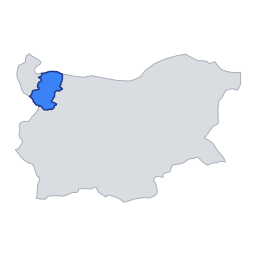 where Montana sits in Bulgaria
{"feature_id": "BGR-2250", "entity_name": "Montana", "entity_type": "Province", "adm_level": 1, "iso_a3": "BGR", "parent_name": "Bulgaria", "parent_adm1": "", "projection": "orthographic", "projection_center": [23.215, 43.499], "detail": "fine", "context": "in_parent", "style": "filled", "palette": "blue", "viewbox_px": 256, "rotation_deg": 0, "n_neighbors": 0, "source": "natural_earth", "source_scale": "10m", "svg_char_len": 3159}
<svg xmlns="http://www.w3.org/2000/svg" viewBox="0 0 256 256"><path d="M225.2,161.8L220.1,161.3L218.4,161.6L217.4,162.9L215.0,162.8L212.2,163.0L209.2,164.5L207.6,165.2L205.3,164.0L201.0,160.4L198.3,157.8L196.4,157.2L194.6,158.1L187.9,159.3L186.4,161.0L183.4,162.8L180.3,163.8L175.8,164.6L173.5,164.6L172.2,165.5L171.2,168.1L170.5,170.6L169.9,171.7L164.3,173.1L163.1,174.6L162.9,176.0L163.0,177.4L158.5,176.2L155.1,177.2L154.3,178.3L153.6,179.9L154.1,181.5L155.4,183.1L156.7,187.4L157.3,191.7L156.7,194.1L154.2,196.0L148.9,198.1L143.7,197.3L141.4,198.1L137.6,198.5L134.1,199.1L128.7,201.0L123.8,202.2L119.3,198.7L114.0,196.4L108.5,195.0L106.6,196.1L105.8,197.0L101.2,193.9L99.1,192.8L98.1,191.6L96.1,187.4L95.0,187.2L91.2,188.9L87.6,188.8L85.4,188.6L78.9,188.8L78.0,191.7L77.2,192.2L75.8,192.6L72.4,192.4L67.9,194.6L63.2,196.0L59.5,196.0L55.6,195.4L53.3,195.8L48.4,196.1L45.3,199.2L40.4,199.0L36.3,198.5L36.8,197.5L37.6,185.1L39.7,179.5L39.6,178.4L39.2,177.5L37.4,176.6L36.1,173.6L33.5,165.7L32.0,164.1L27.8,162.4L24.1,160.1L21.0,157.1L15.4,149.6L18.2,148.9L19.1,147.4L22.0,143.3L22.4,141.3L22.1,140.2L20.2,138.2L18.9,133.9L19.9,129.9L20.0,127.9L19.1,125.8L20.1,123.3L22.2,121.9L23.5,121.5L28.9,121.3L32.3,116.3L34.4,114.6L36.6,111.8L37.5,110.7L38.5,108.5L38.8,106.2L34.6,103.0L33.1,100.5L31.3,97.9L28.7,96.0L23.6,92.8L21.6,89.6L20.7,85.4L19.4,82.3L17.9,80.2L17.6,78.5L17.0,76.5L16.9,72.4L18.2,67.1L19.0,65.2L20.7,64.7L25.4,61.9L25.6,58.2L26.4,56.0L27.9,54.7L29.3,53.8L31.7,55.9L37.8,59.4L40.8,61.8L40.6,63.4L39.2,64.9L36.6,66.3L35.0,68.3L34.6,70.7L35.0,72.4L36.8,74.0L47.8,72.0L59.0,73.0L74.0,76.2L83.9,77.3L91.2,75.7L104.9,78.2L117.6,80.5L129.8,81.0L136.5,78.8L141.2,75.9L145.1,70.6L155.0,63.4L164.7,59.2L177.4,55.6L185.8,54.2L187.1,55.2L198.3,60.9L203.1,60.7L207.1,61.6L208.6,63.1L209.7,63.5L214.8,61.7L217.3,64.9L221.2,69.5L227.5,71.6L233.1,72.7L234.8,72.8L240.6,72.3L240.6,84.4L237.4,90.2L232.1,88.6L225.5,90.6L222.3,97.1L220.4,99.1L218.7,101.4L217.9,109.7L218.4,123.3L215.9,125.0L213.6,125.7L204.4,138.1L210.2,141.1L212.9,143.5L217.4,150.4L223.8,158.0L225.2,161.8Z" fill="#d9dde1" stroke="#a8b0b8" stroke-width="1"/><path d="M39.0,106.2L39.0,105.6L38.4,105.4L36.6,105.0L35.9,104.6L35.4,104.1L34.5,102.7L33.6,101.9L33.4,101.5L33.3,101.1L33.2,100.2L33.0,99.8L32.6,99.1L30.0,96.5L29.7,96.3L31.4,94.7L32.4,92.1L32.4,91.1L33.1,90.7L34.4,90.2L36.5,89.9L38.6,89.3L38.9,88.5L38.7,87.5L37.9,87.3L37.5,86.6L38.0,83.9L39.3,81.9L41.0,81.3L41.4,80.6L41.0,79.6L40.8,78.5L40.1,78.3L39.4,78.1L38.8,77.4L39.4,76.7L40.3,76.8L41.2,76.5L41.5,75.3L41.6,73.5L44.5,73.3L45.6,72.8L46.8,72.6L48.2,71.8L51.4,71.4L57.2,71.7L61.1,73.8L62.1,74.0L62.5,75.6L62.2,79.9L61.6,81.7L60.9,83.4L60.8,84.0L60.9,84.6L60.4,85.2L59.8,85.7L59.6,86.4L60.2,87.1L60.6,87.3L61.1,87.5L61.3,88.0L61.7,88.3L62.2,88.6L62.2,89.2L61.7,89.7L61.1,89.3L60.3,90.0L59.5,90.9L58.7,91.0L58.0,90.9L57.1,90.4L55.7,91.2L54.6,92.8L54.6,94.8L54.4,96.7L53.5,97.9L52.7,99.3L51.8,100.5L51.5,101.8L54.3,102.8L56.5,104.0L56.0,105.2L55.1,105.3L54.1,106.1L54.2,107.4L52.8,108.9L51.2,109.6L50.1,109.1L48.9,109.4L47.7,110.0L44.3,109.7L43.3,109.0L40.7,105.9L39.0,106.2Z" fill="#3b82f6" stroke="#1e3a8a" stroke-width="1.5"/></svg>